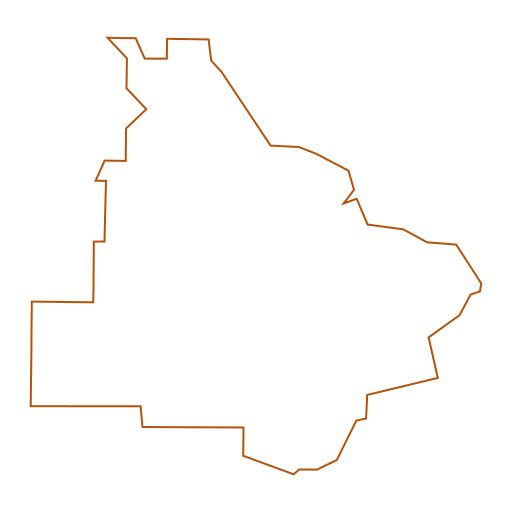 the district of Henry, Georgia, United States of America
{"feature_id": "52423323B6580750779767", "entity_name": "Henry", "entity_type": "district", "adm_level": 2, "iso_a3": "USA", "parent_name": "United States of America", "parent_adm1": "Georgia", "projection": "orthographic", "projection_center": [-84.158, 33.473], "detail": "fine", "context": "isolated", "style": "outline", "palette": "amber", "viewbox_px": 512, "rotation_deg": 0, "n_neighbors": 0, "source": "geoboundaries", "source_scale": "gbopen_adm2", "svg_char_len": 803}
<svg xmlns="http://www.w3.org/2000/svg" viewBox="0 0 512 512"><path d="M293.6,474.3L299.2,469.5L317.0,469.6L336.8,460.0L356.3,420.6L366.1,418.5L367.2,394.9L437.8,377.9L428.6,337.4L459.5,315.2L470.7,294.5L479.9,291.5L481.3,283.5L456.2,244.6L427.1,242.3L403.1,229.3L367.6,224.6L356.7,198.8L343.7,203.4L354.0,189.8L348.5,170.7L316.4,153.9L298.8,147.0L270.6,145.6L221.7,72.1L211.2,60.6L208.6,39.4L205.1,39.4L167.1,38.8L166.8,58.7L144.7,58.6L135.7,38.2L122.5,38.1L107.5,37.7L126.9,58.3L126.5,88.3L146.3,109.2L126.1,128.4L126.0,135.3L125.7,160.9L104.6,160.6L95.6,180.7L106.0,180.9L105.3,207.7L104.5,241.5L93.8,241.6L93.5,287.7L93.2,302.3L31.8,301.6L31.6,321.2L31.4,350.2L30.7,406.2L140.6,406.3L142.5,427.0L174.8,427.2L243.5,427.5L243.2,455.8L293.6,474.3Z" fill="none" stroke="#b45309" stroke-width="2"/></svg>